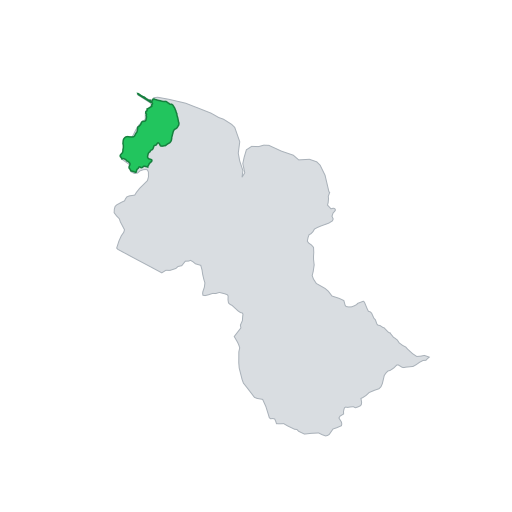 I-1 Barima, Barima-Waini, Guyana shown in context, rotated 340°
{"feature_id": "73187651B60550575754674", "entity_name": "I-1 Barima", "entity_type": "district", "adm_level": 2, "iso_a3": "GUY", "parent_name": "Guyana", "parent_adm1": "Barima-Waini", "projection": "mercator", "projection_center": [-60.025, 7.862], "detail": "fine", "context": "in_parent", "style": "filled", "palette": "green", "viewbox_px": 512, "rotation_deg": 340, "n_neighbors": 0, "source": "geoboundaries", "source_scale": "gbopen_adm2", "svg_char_len": 8623}
<svg xmlns="http://www.w3.org/2000/svg" viewBox="0 0 512 512"><g transform="rotate(340 256 256)"><path d="M161.7,239.6L150.6,227.2L139.4,214.8L128.5,202.6L127.8,200.9L132.3,195.1L136.4,190.9L139.8,188.5L141.4,186.4L140.2,177.5L140.3,174.2L138.7,170.7L137.5,166.8L138.9,163.5L140.6,161.2L142.7,160.3L147.8,159.5L151.4,159.2L152.7,157.8L154.8,156.3L157.5,156.2L162.9,157.3L165.4,155.3L169.8,152.6L179.8,148.0L182.0,144.9L183.6,140.3L183.4,138.0L182.4,137.2L179.9,136.4L176.1,136.3L173.1,137.5L170.0,136.9L167.3,134.0L167.2,131.6L168.7,128.2L167.8,126.0L162.8,118.8L162.9,116.9L166.5,113.7L168.6,110.9L171.4,104.4L173.6,102.2L180.5,101.5L182.3,100.1L185.9,96.6L191.1,92.7L198.7,89.6L200.9,83.8L202.3,82.3L208.3,79.3L209.4,77.6L209.2,76.2L199.5,63.4L201.4,64.3L209.0,72.6L213.1,74.5L214.0,74.5L214.1,72.3L217.9,73.2L227.8,79.0L242.2,88.4L262.5,106.3L268.3,113.1L272.2,116.3L278.2,124.1L280.0,127.9L279.8,143.1L274.5,153.3L273.2,161.0L272.9,171.3L269.8,177.2L273.9,174.0L275.2,164.7L278.7,159.1L283.3,152.9L289.4,151.5L295.9,154.1L301.2,154.5L305.9,156.4L315.8,166.2L325.5,174.0L329.0,180.3L339.3,183.4L345.3,188.3L347.3,192.6L348.5,203.7L346.5,220.6L347.0,221.4L344.3,224.7L343.8,226.8L342.0,230.6L340.6,232.6L342.6,237.3L344.9,237.5L345.8,238.1L346.4,239.0L346.3,240.0L345.4,240.8L343.1,242.0L341.0,244.6L341.2,247.6L339.9,249.1L335.7,250.0L327.4,250.0L323.3,250.2L320.1,250.7L317.9,252.6L315.2,253.9L313.1,254.2L311.2,256.5L309.3,259.6L309.9,261.8L311.9,264.7L313.0,267.6L311.5,272.4L309.9,276.1L308.9,278.9L307.6,284.3L304.4,290.2L302.1,293.6L302.1,297.3L303.3,302.5L309.8,310.1L311.9,313.8L313.7,319.6L319.6,324.2L323.3,327.9L322.9,332.8L323.4,334.3L325.7,335.6L328.5,336.5L331.6,336.4L334.3,336.0L335.0,335.3L341.4,335.2L342.1,336.5L342.4,343.5L342.7,346.4L344.2,347.5L345.1,349.3L345.2,350.9L345.5,354.8L346.4,356.9L346.3,361.1L346.9,362.7L348.7,363.7L350.9,366.7L351.7,367.1L352.2,368.2L354.1,372.5L355.0,373.8L355.7,374.0L356.0,375.4L357.4,379.5L358.3,380.5L360.1,383.4L360.8,386.6L363.2,390.2L365.6,392.8L366.6,395.4L369.7,401.3L372.7,405.4L376.7,406.5L380.1,407.0L382.2,408.6L384.2,410.3L382.0,411.1L380.0,412.1L377.3,411.3L373.4,411.8L369.4,412.9L365.8,413.5L358.8,411.7L356.7,411.4L355.3,410.6L352.4,407.0L351.0,406.6L347.3,408.3L342.8,409.4L340.6,409.2L338.1,410.4L335.7,412.1L331.1,419.1L328.7,421.6L326.2,422.8L321.1,422.7L315.6,423.0L311.6,424.7L307.8,425.6L305.9,425.7L305.2,429.6L304.3,431.4L303.1,432.4L300.2,432.7L297.5,432.6L295.9,430.9L292.9,430.1L290.3,429.6L288.5,428.6L287.2,428.9L286.0,430.5L285.1,431.9L284.3,434.4L280.2,435.2L278.5,436.6L279.5,441.4L279.1,443.3L278.2,444.7L273.3,445.0L269.2,444.9L266.8,446.6L263.8,448.7L262.0,449.1L259.9,448.9L257.1,446.6L254.3,443.7L247.5,441.6L240.6,439.9L236.1,435.3L235.1,433.0L233.0,432.0L227.6,426.5L224.7,423.0L221.5,422.0L217.9,420.6L218.0,418.0L217.8,415.5L216.2,414.5L214.0,413.9L213.2,412.5L213.4,409.3L213.8,400.9L213.2,393.0L208.3,390.2L206.2,388.3L202.5,376.5L200.7,371.2L200.7,367.3L201.9,355.5L203.3,350.4L207.1,340.2L209.3,336.7L209.4,334.1L209.2,330.8L208.0,324.2L214.5,320.1L217.2,318.4L217.7,315.6L221.1,312.1L222.6,308.7L223.9,306.1L223.5,304.7L222.1,303.9L220.3,301.4L216.6,294.2L215.2,292.8L214.1,290.7L214.7,287.6L216.1,284.1L215.9,282.7L213.7,280.8L209.1,277.7L205.3,277.5L202.4,276.3L198.1,276.2L194.6,275.8L192.7,274.7L193.1,272.8L193.9,271.3L196.8,267.7L198.8,263.8L199.0,260.0L199.6,255.1L200.5,250.7L200.9,245.9L196.4,242.6L194.9,240.0L193.0,237.7L190.9,237.7L187.8,236.7L182.9,239.7L179.1,239.2L176.4,240.3L170.3,240.1L166.4,238.6L161.7,239.6Z" fill="#d9dde1" stroke="#a8b0b8" stroke-width="1"/><path d="M212.7,73.4L212.0,74.4L211.7,74.3L211.3,74.7L211.2,75.0L210.9,75.0L209.9,74.9L209.7,74.5L209.8,74.0L209.8,73.5L209.5,73.4L208.9,73.2L208.4,72.8L208.0,72.5L206.6,70.7L205.7,69.0L205.5,68.6L204.4,67.7L203.0,66.2L201.2,63.5L200.9,63.2L200.7,63.0L200.5,62.9L200.7,64.1L207.1,72.2L207.2,72.3L209.5,75.4L209.7,75.6L210.2,75.9L210.6,76.3L210.7,76.6L210.9,76.7L211.0,77.1L210.9,77.3L210.8,77.5L210.6,77.8L210.2,78.1L209.8,78.2L209.7,78.4L209.6,78.5L209.4,79.4L209.4,79.6L209.2,79.8L208.3,79.9L206.9,80.2L206.5,80.3L205.5,80.4L205.0,80.5L204.5,80.6L204.1,80.6L203.9,80.6L203.7,81.4L203.5,81.9L203.3,82.2L203.2,82.3L202.5,82.4L202.3,82.4L202.1,82.6L201.8,82.8L201.7,82.9L201.6,83.2L201.3,84.0L201.3,84.3L201.5,84.7L201.5,84.9L201.6,85.2L201.6,85.4L201.1,86.0L200.9,86.4L200.8,86.8L200.8,87.6L200.7,87.9L200.6,88.1L199.7,89.6L199.3,90.3L199.1,90.6L198.9,90.8L198.4,91.1L197.8,91.2L197.6,91.3L197.1,91.2L196.8,91.2L196.4,91.1L195.9,90.8L195.5,90.7L194.9,90.9L194.3,91.1L193.9,91.5L193.6,91.8L193.3,92.3L193.0,92.5L192.8,92.6L192.7,92.8L192.1,93.3L191.7,93.5L191.1,93.7L190.7,94.1L190.3,94.2L190.1,94.2L189.9,94.2L189.2,94.4L189.0,94.5L188.8,94.6L188.6,94.9L188.5,95.1L188.4,95.8L188.0,96.4L187.8,96.7L187.5,97.3L187.1,98.0L186.7,98.6L186.2,99.0L185.4,99.5L184.4,100.3L183.2,101.5L182.7,101.8L182.2,102.0L181.7,102.1L181.2,102.0L180.5,101.8L180.0,101.7L179.5,101.5L178.9,101.2L178.3,101.0L176.2,99.9L175.2,99.7L174.5,99.6L173.9,99.7L173.3,99.9L172.7,100.2L172.2,100.5L171.6,100.9L171.2,101.4L170.5,102.5L170.3,103.0L170.0,103.7L169.5,104.6L169.2,106.5L169.1,107.0L168.9,107.5L168.4,108.8L168.1,109.4L167.5,110.2L167.3,110.7L166.7,112.1L166.3,112.7L165.8,113.2L165.4,113.5L164.5,113.9L164.0,114.2L163.4,114.6L162.9,114.9L162.6,115.5L162.5,116.1L162.6,116.6L163.1,117.1L163.2,117.6L163.1,118.3L163.2,118.9L163.9,119.0L164.4,119.0L164.9,119.2L165.3,119.5L165.8,120.0L166.1,120.4L166.5,120.8L166.8,121.3L166.9,122.0L167.1,122.5L167.6,122.8L168.1,123.3L168.7,124.5L169.0,125.1L169.1,125.6L169.2,126.2L169.0,126.8L168.2,127.7L167.5,128.4L167.0,129.3L166.9,129.9L166.9,130.4L167.2,130.9L167.4,131.5L167.5,132.1L167.4,132.6L167.6,133.2L168.1,133.5L168.4,133.9L168.8,134.0L169.2,134.3L169.7,134.7L170.1,135.1L170.6,135.5L171.1,135.8L171.4,136.2L171.9,136.3L172.2,135.8L172.6,135.5L173.0,135.0L173.3,134.4L173.6,134.0L174.1,133.8L175.2,133.4L175.8,133.0L176.2,132.6L176.7,132.3L177.3,132.5L177.7,133.0L178.0,133.5L178.4,133.8L179.0,133.9L179.7,133.8L180.3,133.6L180.9,133.3L181.4,133.3L182.0,133.5L182.4,133.7L183.0,134.2L183.5,134.5L184.2,134.9L184.7,135.4L184.9,135.0L185.2,134.6L185.6,134.2L186.0,133.9L186.4,133.7L186.7,133.3L186.9,132.9L187.4,132.8L188.0,132.4L188.4,132.2L188.9,131.8L189.5,131.8L190.0,131.6L190.4,131.3L190.7,130.9L190.9,130.5L190.9,130.0L190.5,129.6L190.2,129.2L189.8,128.9L189.3,128.7L188.9,128.3L188.5,127.9L188.2,127.4L188.0,126.9L187.9,126.4L188.0,125.8L188.2,125.3L188.5,124.8L188.8,124.3L189.1,123.9L189.4,123.4L189.7,123.0L190.1,122.6L190.5,122.3L190.9,122.1L191.3,121.9L191.8,121.9L192.3,121.5L192.6,121.2L193.2,120.8L193.7,120.6L194.3,120.6L194.7,120.6L195.3,120.3L195.7,120.1L196.1,119.7L196.4,119.3L196.9,118.8L197.2,118.3L197.5,118.0L197.9,117.6L198.4,117.4L198.9,117.5L199.4,117.5L199.9,117.5L200.3,117.5L200.7,117.2L201.1,116.9L201.5,116.5L201.9,116.3L202.4,116.1L202.9,116.2L203.2,116.7L203.5,117.1L203.6,117.6L203.7,118.0L203.7,118.6L203.8,119.0L203.8,119.6L204.1,120.0L204.5,120.3L204.9,120.4L205.4,120.6L205.8,120.8L206.3,120.9L206.7,120.9L207.3,120.9L207.9,121.1L208.3,121.3L208.9,121.2L209.4,121.1L209.8,120.9L210.4,120.7L210.9,120.6L211.3,120.4L211.8,120.4L212.4,120.3L213.0,120.2L213.5,120.1L213.9,120.0L214.3,119.7L214.7,119.5L215.1,119.2L215.5,118.9L215.9,118.5L216.2,118.1L216.4,117.7L216.6,117.3L216.9,117.0L217.0,116.4L217.3,115.9L217.5,115.5L217.8,115.1L218.4,114.3L218.6,114.0L218.9,113.5L219.3,112.9L219.6,112.6L219.9,112.0L220.3,111.4L220.7,111.0L221.0,110.6L221.4,110.1L221.7,109.8L222.4,109.4L222.9,109.1L223.4,109.1L223.9,109.0L224.3,108.9L224.7,108.9L225.2,108.7L225.6,108.5L226.2,108.1L226.6,107.8L227.0,107.4L227.5,107.0L228.0,106.7L228.3,106.2L228.7,105.6L228.9,105.1L229.0,104.7L229.1,104.2L229.1,103.7L229.1,103.2L229.1,102.7L229.3,102.2L229.4,101.5L229.4,101.0L229.5,100.6L229.6,100.1L229.7,99.6L229.7,98.9L229.8,98.3L229.8,97.8L229.8,97.2L229.9,96.6L230.0,96.1L230.2,95.5L230.3,95.0L230.2,94.4L230.2,94.0L230.2,93.3L230.2,92.8L230.3,92.3L230.3,91.6L230.2,91.1L230.2,90.4L230.2,89.9L230.2,89.3L230.1,88.7L229.9,88.2L229.9,87.7L229.8,87.2L229.6,86.6L229.5,85.9L229.3,85.5L229.0,85.1L228.8,84.7L228.4,84.4L227.8,84.3L227.4,84.1L226.9,83.8L226.6,83.4L226.5,82.9L226.2,82.6L225.9,82.2L225.6,81.9L225.3,81.4L225.0,80.9L224.6,80.4L224.3,80.0L223.8,79.8L223.3,79.6L222.7,79.5L222.3,79.3L221.8,79.1L221.4,78.9L220.9,78.6L220.4,78.3L220.0,78.0L219.6,77.7L219.2,77.4L218.8,77.1L218.4,76.9L218.0,76.7L217.4,76.3L216.9,76.0L216.4,75.6L216.0,75.3L215.6,74.9L215.1,74.6L214.6,74.4L214.3,73.9L213.9,73.7L213.5,73.4L213.0,73.3L212.7,73.4Z" fill="#22c55e" stroke="#15803d" stroke-width="1.5"/></g></svg>